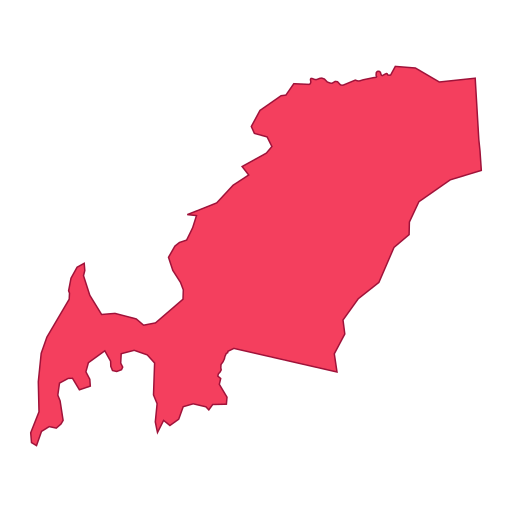 the district of Queen Anne's, Maryland, United States of America
{"feature_id": "52423323B53512454602615", "entity_name": "Queen Anne's", "entity_type": "district", "adm_level": 2, "iso_a3": "USA", "parent_name": "United States of America", "parent_adm1": "Maryland", "projection": "natural_earth1", "projection_center": [-76.091, 39.048], "detail": "fine", "context": "isolated", "style": "filled", "palette": "rose", "viewbox_px": 512, "rotation_deg": 0, "n_neighbors": 0, "source": "geoboundaries", "source_scale": "gbopen_adm2", "svg_char_len": 2189}
<svg xmlns="http://www.w3.org/2000/svg" viewBox="0 0 512 512"><path d="M187.3,214.6L196.5,215.6L192.7,227.6L190.6,232.0L186.6,240.1L179.4,242.5L174.9,246.1L168.5,257.3L172.8,270.4L180.5,282.4L183.3,289.8L183.0,299.2L155.5,322.9L143.6,325.2L136.2,318.9L135.7,318.8L115.0,313.4L109.8,313.8L101.6,314.5L89.8,295.3L83.5,275.7L84.8,270.5L84.2,263.3L77.1,267.2L71.0,278.2L68.6,290.8L69.5,293.1L69.2,299.2L46.9,337.1L41.2,353.3L38.3,381.7L39.0,411.8L30.7,432.8L31.5,442.6L36.5,445.6L41.5,431.4L49.2,426.6L56.3,428.1L61.0,424.0L63.1,420.4L60.1,400.9L57.8,395.1L59.5,383.1L68.2,378.4L72.5,378.3L79.4,389.8L90.3,386.1L89.8,379.3L85.9,371.8L88.4,362.7L104.8,350.8L110.6,361.2L110.8,366.4L112.5,370.5L116.7,371.5L121.5,369.7L122.7,367.1L120.7,363.1L121.2,353.7L132.3,350.8L134.2,350.3L147.3,354.9L154.6,363.0L153.5,394.9L157.1,403.7L155.3,421.9L156.6,428.4L157.5,432.5L163.6,420.4L169.9,425.5L178.7,419.2L183.2,406.7L193.2,403.8L205.9,406.8L208.8,409.9L212.7,404.5L226.4,404.2L227.0,397.2L219.3,384.3L220.7,378.5L217.8,376.1L218.4,373.8L220.1,372.0L221.2,369.9L220.8,367.8L221.0,364.5L223.0,361.8L224.4,358.8L224.9,356.5L226.3,353.4L227.7,352.7L227.9,351.3L233.9,348.4L337.0,372.0L334.3,353.8L344.8,334.0L343.0,320.0L358.3,298.7L378.9,282.4L394.0,247.4L409.1,234.6L409.4,222.0L418.9,201.7L450.3,179.8L481.3,170.4L481.3,170.2L480.0,151.0L478.8,139.4L475.2,78.3L475.2,78.2L439.3,82.0L415.4,68.0L395.3,66.4L390.6,75.1L388.7,75.2L387.6,74.8L387.2,73.8L386.5,73.5L384.9,74.2L382.5,75.6L381.7,75.4L381.1,74.7L380.4,72.3L379.4,71.4L378.0,71.2L377.1,71.6L376.3,72.6L376.1,74.7L376.2,75.8L376.6,76.7L376.3,77.2L375.8,77.4L373.7,77.6L363.1,79.8L359.6,80.9L358.2,81.0L357.0,80.7L355.3,80.1L343.0,85.2L341.1,85.1L340.2,84.6L337.5,81.7L335.2,81.4L332.0,83.3L330.3,83.1L327.3,82.0L324.4,79.0L321.8,78.1L319.9,78.3L316.8,79.5L315.6,79.6L314.6,79.4L313.6,79.1L312.8,78.7L312.0,78.5L311.5,78.4L311.1,78.4L310.7,78.8L310.5,79.3L310.5,80.0L310.8,81.7L310.7,82.6L310.4,83.4L309.8,84.1L309.3,84.4L293.8,83.7L285.9,95.1L281.1,95.7L260.0,110.4L251.3,126.5L254.4,133.4L267.1,136.9L271.9,146.5L266.4,153.1L242.1,166.5L248.7,175.0L233.1,185.2L216.7,202.9L187.3,214.6Z" fill="#f43f5e" stroke="#9f1239" stroke-width="1.5"/></svg>